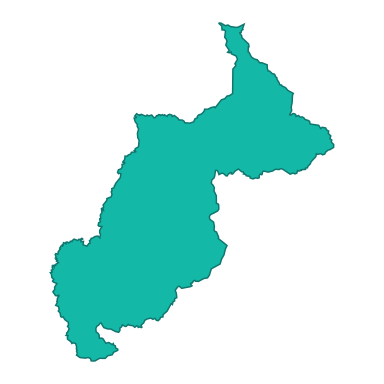 outline of Ourilândia do Norte, Pará, Brazil
{"feature_id": "56859067B25768757829086", "entity_name": "Ourilândia do Norte", "entity_type": "district", "adm_level": 2, "iso_a3": "BRA", "parent_name": "Brazil", "parent_adm1": "Pará", "projection": "orthographic", "projection_center": [-51.403, -7.454], "detail": "fine", "context": "isolated", "style": "filled", "palette": "teal", "viewbox_px": 384, "rotation_deg": 0, "n_neighbors": 0, "source": "geoboundaries", "source_scale": "gbopen_adm2", "svg_char_len": 5936}
<svg xmlns="http://www.w3.org/2000/svg" viewBox="0 0 384 384"><path d="M244.1,24.2L238.3,27.1L236.2,27.4L230.7,26.6L227.9,25.0L225.4,25.7L221.1,23.2L219.2,23.0L219.0,23.5L221.8,26.1L222.0,29.9L224.5,30.1L225.5,31.2L224.7,37.4L226.0,38.8L227.0,41.2L225.8,45.1L229.3,50.5L227.6,52.3L229.2,52.8L231.1,52.0L231.3,53.8L236.1,56.0L237.5,59.3L234.9,63.8L235.6,64.0L235.7,65.8L232.9,69.0L232.6,93.5L229.4,95.7L227.1,96.0L224.8,98.7L221.4,99.8L215.2,107.7L214.3,106.8L210.9,107.6L208.0,109.2L204.6,109.2L204.4,110.7L203.1,112.4L201.5,114.0L198.5,115.0L197.3,116.5L197.3,117.8L194.9,118.9L193.7,121.8L190.1,123.1L184.8,122.8L184.1,121.3L182.4,120.1L178.9,119.9L178.1,118.4L174.3,115.5L172.3,116.5L171.9,115.1L169.4,114.3L167.9,115.1L167.1,116.4L164.6,114.8L163.9,115.6L162.5,114.6L160.7,115.5L160.0,114.7L158.4,114.7L157.9,115.7L156.5,115.7L155.5,117.4L154.0,117.8L151.7,115.0L148.7,115.9L147.1,115.0L145.7,116.2L141.2,114.3L139.9,115.4L139.7,114.8L138.5,114.9L136.6,113.7L134.7,116.1L136.4,117.2L136.2,117.6L134.1,118.1L135.3,121.9L137.3,124.5L137.2,126.4L138.6,129.0L137.4,133.4L137.8,137.8L139.1,140.3L138.5,146.8L135.3,148.6L135.3,149.8L134.3,150.4L135.8,151.4L135.7,151.9L131.4,152.3L130.6,154.1L128.2,155.0L127.2,156.2L125.0,156.1L124.7,159.5L122.9,161.7L122.9,162.3L124.6,162.4L124.8,163.0L124.4,163.7L122.0,164.4L122.3,167.0L121.0,168.9L118.5,169.7L117.5,172.4L118.5,173.7L119.6,173.3L120.9,173.8L120.3,177.6L115.5,183.6L115.3,184.9L114.5,185.4L114.2,187.6L111.8,188.6L111.9,191.2L111.2,191.8L112.0,194.1L111.3,196.8L106.8,198.6L107.1,199.4L106.2,201.2L103.1,205.0L103.7,207.0L102.9,208.6L103.4,210.3L101.9,209.5L101.8,208.4L101.4,208.7L102.0,212.4L100.3,215.1L100.8,218.6L99.7,218.8L99.6,219.4L100.5,221.8L98.7,222.7L98.1,225.3L98.9,226.2L101.9,226.5L99.7,230.3L99.7,233.0L100.5,234.4L99.9,237.9L97.9,236.0L94.7,236.6L92.9,238.0L91.2,238.3L90.6,239.9L89.5,240.6L90.1,243.2L88.8,243.5L87.0,246.2L83.1,244.8L83.5,241.4L81.0,241.8L80.9,240.3L82.7,239.0L81.9,238.3L79.8,239.7L79.0,239.2L77.7,240.5L74.1,239.1L72.0,240.8L72.0,241.5L70.3,241.3L69.5,242.7L68.3,242.9L67.7,242.1L66.3,242.1L65.6,242.6L65.9,243.6L63.5,242.7L63.3,244.2L62.6,244.5L63.0,245.6L62.2,246.1L61.4,245.6L59.7,248.1L60.4,248.8L58.3,251.5L57.9,254.2L55.9,253.6L55.2,254.3L56.1,257.4L55.4,258.0L56.8,258.8L56.0,259.4L57.4,260.3L56.5,261.1L58.4,262.7L55.9,264.2L55.7,265.1L54.9,264.9L54.2,267.0L53.4,265.4L52.4,265.5L52.2,267.7L53.1,269.3L51.3,270.2L52.2,272.0L50.3,272.7L51.4,274.1L51.9,277.6L53.8,279.2L52.5,281.1L53.5,282.1L56.9,283.5L54.6,287.2L54.7,289.5L52.9,291.8L55.5,295.6L57.3,295.9L58.6,295.1L59.0,295.6L57.2,299.0L57.4,300.2L56.8,301.4L57.4,302.2L55.7,305.4L58.3,306.3L59.2,309.4L58.3,311.0L60.2,313.1L60.6,316.3L61.4,317.1L63.2,317.0L64.9,319.7L68.4,322.3L68.4,325.3L67.5,326.2L69.2,328.8L67.5,332.4L66.6,333.0L66.8,334.6L66.1,335.4L68.0,335.7L67.4,336.9L67.5,339.2L70.9,341.7L71.9,343.5L73.0,342.8L75.7,343.6L76.7,347.2L76.3,348.7L77.0,350.1L76.5,351.0L77.3,353.7L76.5,355.1L80.1,357.6L85.4,358.1L88.4,357.5L90.5,358.6L91.2,360.9L94.8,361.0L99.6,358.3L105.2,358.4L107.8,355.7L112.2,354.8L113.7,352.2L117.7,350.4L117.8,349.2L115.6,347.9L115.3,345.8L113.6,345.0L113.3,343.5L112.1,344.5L108.8,342.5L105.8,343.2L102.9,338.6L101.5,338.1L99.4,338.3L99.1,335.0L98.2,333.4L96.2,332.0L95.8,328.7L96.8,326.2L98.4,325.4L100.2,323.1L101.0,323.0L103.8,327.6L107.5,328.9L110.9,329.1L115.6,331.6L118.7,332.3L120.0,330.3L119.8,328.3L121.7,326.7L122.4,324.9L125.1,326.4L126.2,326.4L128.2,324.4L128.9,325.1L132.8,325.7L134.8,327.3L136.7,325.8L137.7,326.0L138.2,327.4L140.2,326.9L141.2,327.6L141.9,327.2L141.1,325.4L141.5,324.8L143.6,323.0L144.9,320.2L147.4,318.9L150.7,318.1L153.0,319.3L154.9,318.3L156.4,320.3L158.1,320.7L159.7,319.3L160.5,317.3L163.0,316.9L163.0,314.7L167.0,311.3L171.0,304.0L171.3,303.6L172.4,304.5L173.1,301.6L174.6,301.0L174.6,298.7L176.8,297.7L176.3,293.2L175.2,290.3L178.0,286.5L179.3,286.3L181.7,288.3L190.7,286.6L192.0,285.8L190.6,284.1L190.8,283.4L192.2,283.0L193.7,280.7L195.0,280.4L195.4,281.2L198.5,281.4L204.0,278.4L207.5,277.9L209.4,275.1L211.3,268.8L220.1,264.0L221.6,259.0L224.0,254.8L225.3,249.3L227.0,245.5L218.2,238.4L218.6,237.1L216.5,232.0L215.1,231.5L214.0,230.0L214.4,226.9L213.6,222.1L209.9,219.4L209.3,216.8L210.3,214.8L217.5,211.1L218.8,209.2L218.7,205.0L218.1,203.9L216.4,203.3L216.3,195.7L214.0,190.9L214.3,187.6L213.0,185.1L211.3,183.5L211.8,179.9L214.0,178.0L214.7,176.0L215.5,170.4L217.0,170.4L217.9,171.4L219.0,174.6L222.0,173.1L223.6,173.6L226.1,175.9L227.4,175.8L228.0,174.4L230.5,172.5L231.4,172.7L231.3,173.9L232.6,174.0L235.3,170.9L238.4,169.0L241.6,171.7L243.3,172.0L243.9,173.2L243.4,173.9L245.6,174.5L246.3,175.8L249.7,176.3L250.3,178.1L253.0,178.9L255.9,177.8L257.5,178.3L259.2,177.8L259.2,175.5L260.4,174.0L261.8,174.7L262.2,174.3L262.5,171.9L263.6,171.1L268.3,172.1L272.8,170.9L275.3,169.3L279.4,169.5L280.7,168.6L282.7,169.2L290.2,174.2L293.1,173.0L294.9,173.9L296.8,173.2L297.6,170.5L298.9,171.1L301.3,170.4L301.2,169.7L305.5,169.4L305.5,168.1L307.5,167.8L307.8,166.4L310.2,164.0L311.2,161.6L315.8,156.7L316.4,153.8L317.5,154.3L320.9,153.7L322.5,154.8L324.6,154.2L325.7,152.1L328.1,150.1L330.1,149.6L333.6,147.4L333.7,144.5L331.3,142.0L331.8,140.0L329.9,138.7L330.8,136.0L328.3,133.4L328.7,131.1L326.7,130.0L325.6,127.9L322.1,127.3L320.7,128.6L318.7,125.3L310.1,124.0L309.6,121.5L308.6,120.6L305.1,119.5L303.7,117.7L302.2,116.9L300.3,117.2L298.5,115.5L296.1,116.4L295.8,114.8L294.8,113.9L293.1,113.5L290.9,115.1L289.7,114.8L291.7,110.6L291.2,107.2L292.1,102.6L292.5,95.2L293.3,93.4L287.8,90.4L285.5,87.6L281.9,85.9L281.6,85.1L279.6,84.6L279.2,82.9L277.0,79.3L276.8,77.6L275.8,77.0L274.5,74.1L272.4,73.8L269.6,71.1L268.2,71.0L267.3,68.4L267.2,64.8L261.7,62.7L259.8,62.9L257.3,59.8L254.3,59.0L251.4,57.0L249.0,52.2L248.1,51.9L248.4,46.7L249.0,46.7L248.6,44.0L242.0,37.8L241.6,35.5L240.0,33.6L239.9,32.8L241.1,32.6L241.6,30.4L242.9,29.6L242.5,29.0L244.1,24.2Z" fill="#14b8a6" stroke="#0f766e" stroke-width="1.5"/></svg>